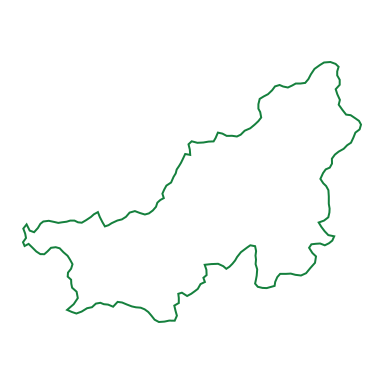 Conceição de Ipanema, Minas Gerais, Brazil (Albers equal-area conic projection)
{"feature_id": "56859067B34184939110586", "entity_name": "Conceição de Ipanema", "entity_type": "district", "adm_level": 2, "iso_a3": "BRA", "parent_name": "Brazil", "parent_adm1": "Minas Gerais", "projection": "albers", "projection_center": [-41.697, -19.901], "detail": "fine", "context": "isolated", "style": "outline", "palette": "green", "viewbox_px": 384, "rotation_deg": 0, "n_neighbors": 0, "source": "geoboundaries", "source_scale": "gbopen_adm2", "svg_char_len": 3010}
<svg xmlns="http://www.w3.org/2000/svg" viewBox="0 0 384 384"><path d="M266.7,288.1L270.6,287.0L274.6,285.9L275.2,281.9L277.3,277.1L280.1,273.9L285.3,273.9L290.8,273.6L295.3,274.8L301.0,275.5L306.1,273.2L310.2,268.2L315.0,262.8L316.0,256.4L312.4,253.0L309.1,247.8L311.4,244.3L315.7,243.8L320.1,243.5L324.8,245.3L328.9,243.3L332.3,240.6L334.2,236.3L328.3,235.1L324.6,231.2L321.3,226.8L318.7,222.5L324.0,220.6L328.3,217.3L329.4,212.5L329.6,208.6L328.8,203.9L328.8,196.5L328.4,190.2L326.1,186.0L323.3,183.3L320.4,178.9L323.1,173.0L325.7,169.4L329.8,167.6L332.0,163.6L331.9,158.7L334.9,154.6L338.7,151.6L343.7,148.8L347.2,145.2L351.0,142.7L353.4,137.6L355.4,132.6L359.6,129.4L361.0,124.6L359.0,120.9L354.7,117.9L350.7,115.2L346.1,114.6L342.5,110.0L338.7,104.7L339.9,99.9L337.3,94.2L335.7,89.2L339.7,84.8L339.7,79.8L337.2,75.4L337.2,71.4L338.6,66.8L335.6,63.9L330.4,62.0L324.0,62.5L319.8,65.1L314.5,68.9L310.9,74.3L308.4,79.1L305.2,82.9L300.6,83.5L295.8,83.5L292.2,85.5L287.9,87.5L283.1,86.5L279.6,85.0L275.0,86.4L272.1,90.3L268.0,94.2L263.6,96.5L259.7,98.9L258.4,104.2L258.4,108.7L260.2,112.1L261.2,117.5L258.3,121.2L254.7,124.6L250.2,128.3L244.7,130.7L240.7,134.7L236.9,136.5L232.1,135.8L226.7,135.9L222.4,133.6L217.9,132.6L215.6,138.0L213.6,141.4L208.6,141.6L203.3,142.5L197.4,142.8L191.7,141.3L188.5,144.3L189.8,149.5L190.2,154.9L185.2,154.0L182.9,158.9L181.0,162.8L179.0,166.1L176.7,169.5L175.7,173.4L173.6,176.8L171.1,182.5L166.4,185.6L164.2,189.6L162.4,193.7L163.8,198.1L160.3,200.0L157.4,202.6L156.0,206.8L152.8,210.5L148.9,213.4L144.9,214.5L139.9,213.0L134.9,211.1L129.6,212.6L126.0,216.8L121.9,219.4L117.4,220.5L111.6,223.2L108.5,225.2L104.9,226.4L102.4,222.1L99.8,217.0L97.9,212.1L93.9,214.3L91.0,216.9L86.2,220.1L81.8,222.7L78.0,222.3L74.5,220.6L70.2,220.6L66.6,221.7L62.0,222.3L58.3,222.9L54.0,221.9L48.8,220.8L43.3,221.5L40.4,223.8L37.9,228.0L34.1,232.2L29.7,230.6L26.6,224.4L23.3,228.6L25.2,233.7L26.0,238.0L23.0,242.2L24.6,246.0L28.6,243.9L32.5,247.7L36.3,251.5L40.3,254.1L44.3,254.2L47.5,251.4L51.0,247.8L55.7,247.2L59.7,248.3L63.4,252.2L67.6,255.8L70.0,259.6L72.5,264.2L71.1,268.7L68.0,272.6L67.7,276.6L71.1,279.7L71.3,283.7L72.1,287.7L76.6,291.7L77.8,298.1L73.7,304.2L67.1,309.9L71.9,312.0L76.4,313.5L81.6,311.6L87.1,308.2L92.0,307.2L95.9,303.6L100.4,302.8L103.8,304.2L108.1,304.6L113.1,306.7L117.6,301.9L122.1,302.5L126.6,304.4L131.8,306.4L135.9,307.3L140.7,307.7L144.6,309.3L148.3,312.0L151.3,315.5L154.6,319.7L158.9,322.0L164.5,321.6L169.2,320.6L174.7,320.7L176.9,315.7L175.5,310.7L174.3,305.6L178.8,303.0L178.8,297.9L178.3,293.8L181.9,292.7L187.1,296.0L191.2,293.8L194.8,291.2L197.8,288.9L200.5,284.1L204.9,282.0L203.4,277.8L206.6,275.1L206.4,269.8L204.7,264.8L211.0,264.1L218.1,263.8L223.3,266.2L226.3,268.8L229.5,266.7L232.4,263.8L235.1,260.5L237.1,257.0L240.9,252.2L247.0,247.6L250.3,245.3L255.1,246.2L256.1,251.1L255.5,255.6L256.0,259.6L255.6,264.1L257.2,269.4L256.7,275.7L255.9,279.9L255.1,283.6L257.8,286.8L262.4,287.9L266.7,288.1Z" fill="none" stroke="#15803d" stroke-width="2"/></svg>